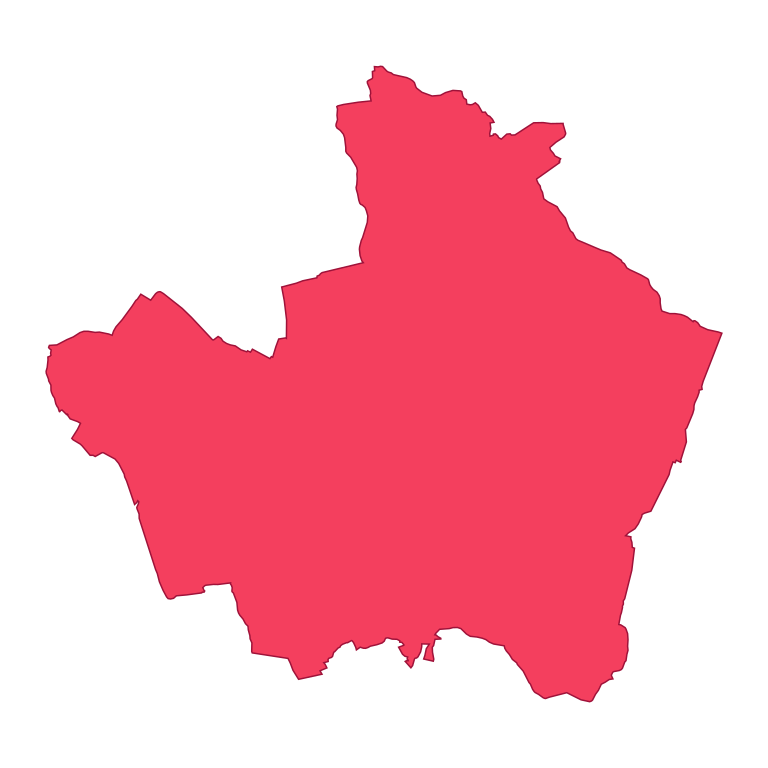 outline of Ivanesti, Vaslui, Romania
{"feature_id": "2599482B31711586235741", "entity_name": "Ivanesti", "entity_type": "district", "adm_level": 2, "iso_a3": "ROU", "parent_name": "Romania", "parent_adm1": "Vaslui", "projection": "equal_earth", "projection_center": [27.444, 46.655], "detail": "fine", "context": "isolated", "style": "filled", "palette": "rose", "viewbox_px": 768, "rotation_deg": 0, "n_neighbors": 0, "source": "geoboundaries", "source_scale": "gbopen_adm2", "svg_char_len": 6049}
<svg xmlns="http://www.w3.org/2000/svg" viewBox="0 0 768 768"><path d="M612.9,678.9L611.5,675.8L611.4,675.0L612.7,672.3L613.7,671.6L619.4,670.5L621.4,669.5L622.5,668.1L624.7,662.1L626.0,660.7L626.9,654.4L628.0,650.3L627.6,646.2L628.0,639.8L627.6,633.6L626.0,629.1L625.1,627.6L620.8,624.9L618.8,624.5L620.5,615.2L621.4,612.7L622.5,607.5L622.4,606.2L623.4,604.1L623.3,600.9L624.7,598.8L631.8,570.3L634.5,548.2L632.3,547.4L631.9,542.3L630.8,538.9L630.9,536.8L625.6,535.7L628.4,532.9L635.0,528.7L638.3,523.9L641.6,516.9L642.1,514.5L644.4,513.2L650.9,511.2L669.1,474.6L670.1,470.1L673.0,461.9L675.2,462.7L676.3,460.2L680.6,462.3L681.2,461.7L680.7,460.2L686.4,441.9L685.4,429.4L686.8,427.9L692.7,413.7L693.9,409.5L694.0,405.8L694.7,403.0L697.6,396.7L699.1,392.3L699.1,390.2L702.1,389.4L701.7,386.4L703.2,381.2L721.9,333.2L718.3,332.0L707.7,329.7L700.2,326.3L697.7,322.7L695.0,320.8L693.9,320.7L693.1,321.7L687.5,317.2L684.4,315.7L681.0,314.5L674.9,313.6L669.7,313.6L662.0,311.1L661.0,308.6L660.2,302.8L660.2,298.8L659.2,295.7L657.0,292.2L653.2,289.4L651.1,286.9L649.7,284.5L648.5,279.9L647.7,278.8L640.8,274.9L629.7,269.7L626.8,267.9L624.4,263.8L622.0,262.0L621.3,260.3L610.4,252.9L600.9,250.0L577.8,240.2L575.9,238.7L572.8,232.8L570.5,230.9L568.6,227.2L565.4,218.0L559.5,210.9L557.1,206.7L547.7,201.7L543.8,198.8L542.5,192.4L540.7,188.9L540.2,186.0L538.1,183.2L536.6,179.7L536.7,178.9L559.6,162.6L559.2,161.4L559.9,161.0L559.6,160.4L560.6,158.8L554.9,155.9L553.4,153.3L550.5,150.0L549.8,147.5L556.0,142.2L564.1,136.9L565.5,134.3L565.7,133.2L563.1,124.3L563.1,123.4L550.8,123.6L543.1,122.6L533.6,122.8L515.0,134.9L511.4,135.1L510.2,133.8L506.8,134.1L501.3,139.1L498.6,137.6L497.7,135.8L495.5,133.9L493.4,134.1L493.2,135.3L490.0,136.2L489.7,133.6L490.8,128.5L490.1,123.0L494.0,122.3L492.5,119.4L489.8,116.4L487.5,115.3L485.3,112.1L482.3,112.3L478.3,105.3L475.3,102.8L472.4,104.5L470.2,104.8L466.8,104.1L466.3,99.7L464.0,98.2L462.8,96.1L461.8,91.6L460.5,90.9L452.9,90.4L445.5,92.6L440.4,95.3L432.1,96.0L422.0,92.3L416.7,88.2L415.9,87.0L414.4,82.6L412.9,81.0L410.3,79.2L406.7,77.6L393.4,74.6L391.2,72.9L388.4,72.1L386.8,71.1L382.6,66.6L380.6,66.3L378.1,66.9L374.4,66.6L374.7,70.7L372.4,71.5L372.6,77.7L372.2,78.6L368.2,80.6L367.3,81.6L367.4,83.1L370.4,90.3L370.7,93.5L370.0,95.5L371.1,100.9L358.3,102.2L343.4,104.5L337.8,105.9L336.8,106.6L337.5,109.1L337.0,115.3L337.5,119.7L336.1,124.1L336.0,126.0L337.0,128.0L340.3,130.4L343.4,134.2L344.6,137.7L345.8,147.5L345.8,151.3L346.6,153.0L350.7,157.2L356.7,167.4L357.4,170.8L356.9,174.1L357.2,178.5L356.8,184.5L356.1,187.4L356.4,189.6L357.6,193.7L358.8,200.1L359.8,203.2L360.7,204.3L362.4,205.1L365.1,207.5L366.4,210.8L367.8,215.9L367.3,222.4L362.6,237.6L361.3,240.4L359.6,247.0L359.4,249.3L360.1,255.7L361.9,261.0L363.3,262.7L322.1,272.6L320.4,273.8L319.5,275.1L317.1,276.1L316.9,277.8L302.7,280.8L296.3,283.2L281.7,287.0L284.3,300.8L286.6,320.0L286.4,338.3L285.8,337.9L278.7,339.0L275.9,346.6L272.7,357.2L271.4,356.6L269.9,358.6L252.4,349.2L250.5,352.2L247.6,350.8L246.8,351.8L241.1,349.9L235.3,345.9L230.3,344.9L226.6,343.5L223.0,341.2L221.0,338.3L218.1,336.5L213.6,339.9L212.5,339.8L191.4,317.3L182.2,308.4L163.5,293.6L160.5,291.8L159.2,291.7L157.5,292.2L155.6,293.7L150.7,300.2L140.8,294.2L137.4,299.2L135.8,300.5L132.0,306.3L122.1,319.8L116.0,326.8L113.6,331.0L112.1,335.3L108.7,334.0L99.4,332.1L95.1,332.4L88.2,331.3L83.8,331.3L80.0,332.6L73.3,336.9L67.0,339.6L56.9,344.9L49.4,345.4L48.6,347.3L49.2,348.4L51.2,350.0L50.6,353.2L51.0,355.2L50.0,356.2L47.9,357.0L48.0,360.0L47.2,367.4L46.1,371.3L46.3,373.4L48.5,379.1L48.7,380.9L50.9,385.1L51.0,390.4L51.5,392.4L52.8,395.5L54.5,398.1L55.8,403.8L57.2,406.7L57.9,407.3L59.3,411.5L59.7,411.7L60.8,410.4L62.0,410.0L66.5,414.5L67.0,414.0L67.7,414.4L67.3,414.8L70.2,418.9L77.6,421.6L80.5,423.3L77.5,429.4L71.8,438.4L73.1,439.8L80.3,444.1L82.1,445.8L90.1,455.3L93.1,455.3L95.2,456.5L102.0,452.7L103.3,452.7L115.0,459.0L118.7,463.4L124.2,474.1L124.7,476.9L126.6,481.0L134.6,504.5L136.8,502.5L137.7,500.7L138.8,501.8L138.3,504.0L136.8,507.4L137.0,508.7L139.1,514.0L139.2,518.5L155.6,569.5L157.3,573.5L159.4,581.8L163.1,590.4L166.6,596.9L168.1,598.6L170.5,599.0L173.6,598.3L176.4,595.8L186.7,594.9L201.7,592.9L202.2,592.2L204.1,592.1L204.7,591.0L204.0,590.4L202.8,587.6L204.7,585.7L205.9,585.2L213.5,584.4L217.8,584.5L230.6,582.9L230.5,584.0L231.5,585.5L232.2,587.7L231.9,591.1L232.2,591.9L233.4,593.0L236.9,602.4L237.6,610.1L238.5,612.9L239.8,615.2L243.0,619.0L245.5,623.7L248.0,626.2L248.3,629.9L249.9,635.7L250.1,638.8L251.9,642.9L251.7,651.4L252.2,652.9L288.0,658.4L290.3,663.1L293.0,670.3L298.6,679.3L322.0,674.2L320.0,670.8L326.9,667.9L325.2,664.4L323.8,662.7L328.2,661.5L328.0,659.5L328.8,658.3L331.3,657.5L332.5,656.5L333.7,652.3L334.7,651.7L338.1,648.0L340.0,647.1L340.7,645.6L342.5,644.3L346.5,642.7L347.6,642.7L351.4,640.6L352.0,640.7L353.5,642.5L355.8,647.5L356.4,649.9L360.2,647.2L363.3,648.2L365.6,648.3L368.0,647.5L370.3,646.2L376.9,644.7L382.2,642.9L384.3,641.1L385.2,638.9L385.9,638.1L387.8,637.8L392.1,639.1L397.0,639.3L399.8,640.8L399.7,642.1L401.9,642.4L403.9,644.8L403.8,645.3L398.6,647.2L402.5,654.2L404.8,656.2L407.7,657.0L407.2,658.5L407.3,659.4L408.1,660.1L408.2,660.7L406.3,660.8L405.2,661.4L410.9,667.8L412.6,665.6L414.5,658.9L415.1,658.2L416.6,658.0L418.0,656.8L420.6,651.9L421.7,647.0L421.8,643.9L429.3,644.1L426.3,648.7L424.9,655.4L423.7,659.0L433.3,661.2L433.8,659.2L432.5,652.2L432.3,647.2L433.6,645.6L435.0,639.3L440.8,639.0L440.8,638.3L437.8,636.6L436.1,635.0L434.9,634.8L435.7,633.4L439.6,629.3L449.3,628.6L453.0,627.6L457.5,627.5L460.9,628.6L466.4,634.0L470.2,636.3L476.9,637.0L482.2,638.2L485.9,639.6L489.3,642.1L493.6,644.0L504.2,645.8L504.8,648.3L506.3,650.9L509.4,654.5L512.4,659.4L516.7,662.8L517.4,664.5L523.2,671.1L529.0,682.5L530.4,684.1L532.6,689.3L534.1,691.5L535.1,692.5L538.6,694.4L543.1,697.7L544.4,698.3L545.6,698.5L549.2,697.2L566.8,692.7L581.0,699.8L589.7,701.7L591.5,701.0L592.6,700.0L595.5,694.3L598.4,690.3L601.3,684.2L605.2,682.2L609.2,679.5L612.9,678.9Z" fill="#f43f5e" stroke="#9f1239" stroke-width="1.5"/></svg>